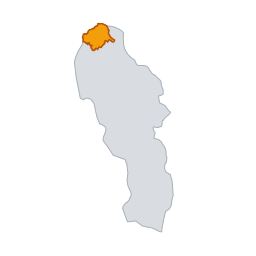 Slovakia, with Bratislavský highlighted, rotated 82°
{"feature_id": "SVK-1051", "entity_name": "Bratislavský", "entity_type": "Region", "adm_level": 1, "iso_a3": "SVK", "parent_name": "Slovakia", "parent_adm1": "", "projection": "natural_earth1", "projection_center": [17.27, 48.331], "detail": "fine", "context": "in_parent", "style": "filled", "palette": "amber", "viewbox_px": 256, "rotation_deg": 82, "n_neighbors": 0, "source": "natural_earth", "source_scale": "10m", "svg_char_len": 4274}
<svg xmlns="http://www.w3.org/2000/svg" viewBox="0 0 256 256"><g transform="rotate(82 128 128)"><path d="M235.5,109.0L235.0,111.0L233.5,113.3L231.7,115.7L230.1,118.6L228.1,124.8L226.8,127.7L221.1,133.3L220.9,141.2L220.1,141.8L207.1,144.5L205.4,144.0L203.6,142.5L202.6,141.4L201.9,140.6L200.8,138.4L199.2,136.8L197.0,135.6L194.9,134.1L192.3,134.1L185.3,136.1L180.4,136.3L177.2,135.7L172.8,134.4L164.3,134.2L158.6,135.3L158.0,136.9L152.8,146.5L145.1,150.1L138.3,153.7L136.4,154.5L133.0,153.3L129.2,151.1L126.0,150.0L123.7,150.5L121.1,153.0L120.0,155.5L112.4,157.3L99.0,158.3L94.4,160.8L92.8,163.7L92.8,166.0L93.9,167.9L92.5,170.2L91.9,171.1L82.5,171.6L69.9,172.3L62.4,172.1L55.3,171.9L50.5,170.0L44.6,166.3L38.4,161.2L37.8,161.1L36.9,160.6L33.0,160.2L31.9,160.5L29.6,158.9L28.9,156.8L25.3,151.2L21.3,142.1L21.2,139.5L22.8,136.5L24.2,134.2L24.4,132.4L24.6,131.9L25.8,128.1L28.8,123.1L31.5,120.2L33.5,119.2L37.6,120.1L44.6,120.8L50.0,120.1L55.1,117.9L57.8,115.9L60.1,113.9L60.9,112.6L61.9,111.9L66.1,110.7L67.4,109.4L67.9,106.8L68.3,103.8L69.1,101.7L70.2,100.1L77.9,96.3L78.6,95.0L79.8,93.7L82.0,92.2L84.2,90.1L86.6,88.8L89.6,89.0L92.3,88.7L94.5,88.0L95.4,87.9L99.4,88.5L100.2,90.9L100.6,93.4L107.4,93.2L111.2,87.9L113.1,87.2L116.3,85.4L118.3,83.7L119.8,84.8L121.9,88.2L124.1,91.0L125.4,92.1L125.5,92.9L126.8,93.4L129.3,93.7L131.0,94.6L131.5,97.2L131.6,99.5L130.8,101.2L130.4,102.7L132.1,103.2L134.7,102.7L136.4,101.8L141.8,103.8L143.6,99.5L145.7,97.3L148.4,96.2L150.9,94.9L153.2,94.0L154.7,94.0L155.4,93.6L157.4,93.7L159.6,94.1L162.7,93.6L167.0,94.7L169.7,96.7L172.3,97.3L175.2,97.2L177.3,96.1L180.1,92.4L182.3,92.4L185.6,91.8L190.3,91.9L201.3,92.7L204.0,94.1L210.8,96.0L213.7,98.1L215.1,100.7L215.8,102.4L222.7,105.1L233.0,108.6L235.5,109.0Z" fill="#d9dde1" stroke="#a8b0b8" stroke-width="1"/><path d="M32.0,160.5L31.1,159.9L29.9,159.5L29.0,159.1L29.2,158.3L28.7,158.0L28.6,157.9L28.8,157.0L29.0,156.5L29.4,156.1L28.9,155.6L28.7,155.4L28.2,154.5L27.8,154.3L27.1,154.2L26.6,153.9L25.7,153.0L25.4,152.3L25.4,151.2L25.2,150.3L24.6,148.6L24.6,148.4L24.7,147.8L24.6,147.6L24.5,147.4L24.3,147.4L23.8,147.0L23.5,146.9L23.2,146.7L23.0,146.2L22.9,146.0L22.8,145.7L22.7,145.6L22.6,145.3L22.7,145.0L22.8,144.8L22.7,144.4L22.3,144.0L21.9,143.7L21.6,143.6L20.9,143.6L20.6,143.4L20.5,143.1L20.5,142.6L20.6,142.4L20.7,142.2L20.8,141.9L21.1,139.3L21.3,138.7L21.6,138.0L22.6,136.8L22.8,136.2L23.1,135.7L23.7,135.3L24.4,134.7L24.5,134.5L26.9,133.9L28.6,133.8L28.7,133.7L28.6,133.3L28.8,133.3L29.3,133.4L31.0,134.1L31.3,134.2L31.6,134.2L33.1,133.6L33.6,133.3L34.3,133.2L34.8,133.2L35.1,133.1L35.3,132.9L35.4,132.6L35.5,132.5L35.7,132.4L36.1,132.3L36.3,132.1L36.5,131.9L36.6,131.7L36.9,131.4L37.1,131.3L37.2,131.2L37.3,131.2L38.5,129.6L38.8,129.3L39.1,129.1L39.3,129.2L39.4,129.3L39.5,129.3L39.9,129.4L40.0,129.5L40.3,129.7L40.5,129.9L40.6,130.1L40.7,130.5L40.7,130.9L40.5,131.5L40.3,131.8L39.6,132.6L39.4,132.7L39.1,132.7L38.9,132.8L38.7,133.4L38.6,133.5L38.1,133.8L38.1,134.1L37.9,134.4L40.0,136.2L39.6,136.4L39.5,136.5L39.3,136.7L38.7,137.5L38.4,138.0L38.5,138.6L39.0,138.7L39.5,138.7L39.6,138.8L39.8,138.8L40.2,139.1L40.4,139.3L40.5,139.4L41.3,139.4L41.4,139.5L41.4,139.8L41.3,140.0L41.7,140.3L41.8,140.4L42.1,140.8L42.4,141.0L42.5,141.3L43.2,142.3L43.3,142.5L43.5,142.6L43.8,142.7L43.9,142.8L44.2,143.0L44.3,143.1L44.4,143.3L44.5,143.4L44.5,143.6L44.4,143.9L44.1,144.5L43.8,144.9L43.8,145.0L44.0,145.7L46.0,147.1L45.0,148.1L44.8,148.4L44.8,148.7L44.8,149.1L44.9,149.3L45.0,149.4L46.0,149.7L46.1,149.9L46.1,150.1L46.0,150.6L46.1,150.8L46.3,150.8L46.5,151.0L46.5,151.4L46.3,151.9L46.1,152.1L46.0,152.3L45.8,152.2L45.4,152.3L44.2,153.1L43.2,153.5L42.8,153.4L42.5,153.2L42.3,153.2L41.8,153.1L41.7,153.1L41.7,152.9L41.9,152.6L41.8,152.4L41.7,152.2L41.3,152.3L41.1,152.4L41.0,152.5L40.9,152.6L40.8,153.1L40.9,153.3L41.1,153.6L41.2,153.8L41.1,154.0L40.8,154.1L40.7,154.1L40.4,154.3L40.1,154.5L39.7,154.7L39.6,154.8L39.1,154.8L38.2,154.6L38.2,155.0L38.2,155.4L38.2,155.6L38.5,155.9L38.7,156.1L38.8,156.1L39.5,156.1L39.7,156.3L39.6,156.5L39.2,156.7L38.6,157.1L38.3,157.2L38.1,157.2L37.9,157.2L37.9,157.3L37.9,157.6L37.9,157.8L38.0,158.0L37.9,158.1L37.4,158.4L37.2,158.5L36.5,159.2L36.3,160.4L36.3,160.5L34.7,160.1L33.4,159.8L32.0,160.5Z" fill="#f59e0b" stroke="#b45309" stroke-width="1.5"/></g></svg>